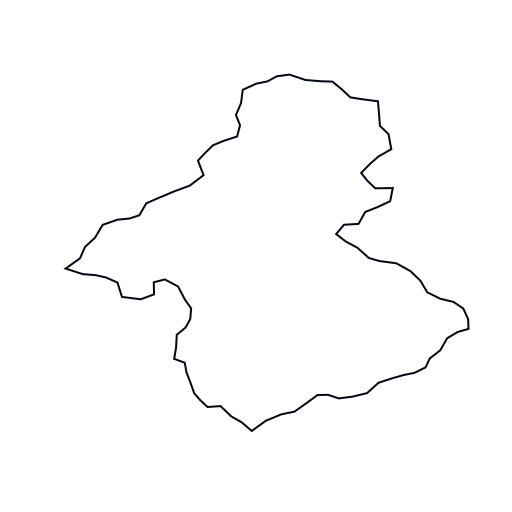 outline of Barroso, Minas Gerais, Brazil, rotated 254°
{"feature_id": "56859067B65889724989346", "entity_name": "Barroso", "entity_type": "district", "adm_level": 2, "iso_a3": "BRA", "parent_name": "Brazil", "parent_adm1": "Minas Gerais", "projection": "natural_earth1", "projection_center": [-43.957, -21.177], "detail": "fine", "context": "isolated", "style": "outline", "palette": "ink", "viewbox_px": 512, "rotation_deg": 254, "n_neighbors": 0, "source": "geoboundaries", "source_scale": "gbopen_adm2", "svg_char_len": 1449}
<svg xmlns="http://www.w3.org/2000/svg" viewBox="0 0 512 512"><g transform="rotate(254 256 256)"><path d="M296.4,69.5L286.3,84.5L281.8,96.5L276.9,105.6L268.7,115.5L253.6,115.9L246.2,133.2L247.2,147.4L258.9,150.5L258.6,161.9L248.1,172.7L233.9,175.6L223.4,179.2L213.5,175.4L206.6,168.5L202.1,158.1L189.9,153.9L179.7,149.0L173.0,158.1L163.4,157.1L151.9,158.1L141.0,158.8L132.9,162.6L124.2,167.8L121.5,180.5L108.5,188.1L100.4,196.1L89.0,203.7L94.9,219.9L96.8,236.8L95.8,250.1L100.0,262.1L105.4,276.9L102.7,287.0L96.3,296.3L94.2,309.8L93.6,325.0L100.4,338.9L100.9,353.0L100.9,364.8L100.0,376.2L102.2,388.3L109.6,394.8L114.6,407.2L124.2,417.0L127.4,428.8L127.4,440.2L136.8,442.5L148.3,440.8L157.4,433.2L164.1,421.4L173.9,410.6L187.0,407.2L198.9,400.3L210.3,388.9L217.2,373.1L222.9,364.0L235.9,355.8L245.4,346.1L255.0,339.1L261.8,349.2L258.6,363.4L268.2,373.1L269.6,386.8L271.7,400.1L283.6,406.2L288.2,389.3L297.6,383.8L306.9,380.0L313.3,391.4L317.9,401.1L321.4,415.5L336.5,417.0L347.0,411.0L357.5,413.2L371.1,415.9L377.5,401.1L382.5,390.4L392.4,384.5L402.6,377.5L406.1,366.5L411.6,352.0L421.2,338.1L423.0,325.4L420.7,315.3L421.6,303.7L419.4,289.1L407.2,283.8L397.1,275.6L386.1,276.7L376.1,270.8L375.6,256.8L374.3,245.2L369.2,235.7L363.7,226.5L348.2,227.9L341.9,211.7L340.6,194.4L338.8,179.4L336.9,165.1L327.3,155.0L326.9,144.6L329.1,132.8L328.2,117.2L317.9,106.2L311.9,94.2L302.3,86.2L296.4,69.5Z" fill="none" stroke="#020617" stroke-width="2"/></g></svg>